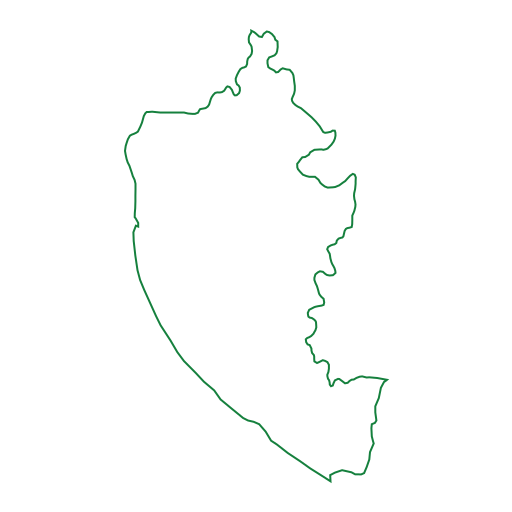 Kamenets, Brest, Belarus (Natural Earth projection), rotated 270°
{"feature_id": "67162791B59963656038120", "entity_name": "Kamenets", "entity_type": "district", "adm_level": 2, "iso_a3": "BLR", "parent_name": "Belarus", "parent_adm1": "Brest", "projection": "natural_earth1", "projection_center": [23.756, 52.4], "detail": "fine", "context": "isolated", "style": "outline", "palette": "green", "viewbox_px": 512, "rotation_deg": 270, "n_neighbors": 0, "source": "geoboundaries", "source_scale": "gbopen_adm2", "svg_char_len": 4720}
<svg xmlns="http://www.w3.org/2000/svg" viewBox="0 0 512 512"><g transform="rotate(270 256 256)"><path d="M337.4,354.5L338.1,352.8L336.3,350.2L333.7,347.7L330.9,345.2L329.3,342.8L326.7,339.3L325.0,335.2L324.7,332.9L324.4,327.7L325.5,324.8L327.6,322.0L329.1,320.4L332.3,318.5L335.2,315.0L335.2,312.8L335.2,309.3L335.9,306.5L337.3,302.9L340.5,299.9L342.8,298.0L344.6,297.3L348.2,297.2L350.2,298.9L351.7,299.9L354.7,302.3L355.0,305.2L357.3,308.9L359.7,310.2L362.2,314.4L362.5,319.0L362.6,321.4L362.2,323.4L362.8,325.9L363.5,327.6L367.3,331.4L370.4,333.6L373.4,334.9L376.3,335.5L379.3,335.4L381.3,334.8L381.4,332.6L380.2,330.8L379.5,327.5L379.2,325.1L379.9,323.3L381.6,322.2L383.9,320.8L385.7,319.7L390.4,315.8L394.8,311.5L397.5,308.4L399.8,305.7L403.8,301.0L405.5,297.6L407.0,295.4L409.1,293.2L411.1,292.1L412.9,291.8L415.2,292.7L417.6,293.8L418.8,294.2L421.6,294.8L426.1,294.8L430.4,294.2L434.6,293.7L436.7,293.4L439.0,292.4L442.2,289.7L442.6,286.5L443.7,282.7L442.5,280.6L440.0,278.2L439.6,276.0L441.4,274.3L442.3,272.7L443.5,270.2L444.9,268.3L448.7,267.5L451.7,267.5L454.6,269.2L455.5,271.7L456.7,274.6L458.7,276.4L460.8,277.1L464.9,277.7L470.6,277.5L472.3,275.3L474.9,274.5L477.9,272.0L479.9,269.2L480.5,266.8L478.3,263.8L475.0,261.9L475.5,259.1L476.7,257.8L478.8,255.5L479.8,254.2L481.3,251.3L480.4,251.4L479.0,251.0L477.9,250.2L476.7,249.5L475.0,248.9L472.8,248.7L469.6,249.0L467.8,250.2L466.6,251.0L465.2,251.6L461.0,252.1L458.1,251.6L455.5,250.0L454.5,248.7L453.2,247.8L450.6,247.2L448.0,247.1L445.5,246.0L444.5,243.9L444.2,242.4L442.9,240.4L440.4,238.8L436.9,237.0L433.4,235.7L430.9,235.8L429.2,236.4L427.6,237.0L426.5,238.6L424.4,239.8L421.4,239.9L418.9,239.1L416.8,236.7L416.6,234.9L417.6,233.8L419.9,232.8L422.2,231.9L425.0,229.6L425.6,227.4L424.5,226.2L421.3,224.2L419.9,222.0L419.5,219.8L419.6,217.3L419.1,215.2L417.2,213.3L414.7,211.6L412.9,210.8L410.0,209.9L407.4,209.1L405.4,207.7L403.9,205.6L403.4,203.0L403.1,201.3L402.8,200.0L401.2,199.0L399.3,198.0L398.1,194.9L398.1,192.8L398.5,188.0L399.5,183.9L399.5,173.7L399.5,168.8L399.5,164.2L399.5,159.9L399.9,155.9L400.3,152.1L400.0,148.8L400.0,146.7L398.7,145.3L395.9,143.8L389.4,142.0L385.3,140.3L380.4,137.9L379.3,136.3L378.2,134.0L377.3,131.6L376.3,129.9L372.8,127.9L369.0,126.6L366.0,125.7L361.1,125.0L357.6,125.6L353.0,126.6L349.6,127.7L346.3,129.4L341.6,131.0L338.9,131.9L335.9,132.8L332.1,134.6L328.3,135.5L322.7,135.5L316.2,135.4L310.4,135.4L303.6,135.2L298.9,134.8L294.8,134.7L293.7,135.6L289.1,138.2L285.4,138.2L286.3,135.9L279.7,133.4L271.0,133.7L256.6,135.3L241.8,137.5L232.0,140.1L222.1,144.2L195.8,156.1L186.7,160.6L171.5,170.5L159.9,177.3L150.9,184.0L138.9,195.9L130.3,203.9L121.6,214.2L112.5,220.6L103.5,231.5L94.0,243.1L91.5,248.0L90.2,253.7L87.8,259.2L80.3,265.7L71.3,271.1L67.5,276.9L58.9,287.9L51.0,299.8L43.6,310.2L37.3,320.2L30.7,330.5L36.9,330.2L39.4,335.0L41.8,342.1L39.7,351.5L37.7,355.1L37.6,361.2L38.9,364.1L45.0,366.7L52.5,369.3L59.9,370.0L68.5,373.7L70.9,373.0L75.6,371.8L83.8,371.4L87.8,371.8L89.1,374.9L91.5,376.4L99.6,375.3L105.7,375.3L113.9,378.8L124.2,380.9L130.0,384.0L131.6,386.3L132.2,387.0L134.0,377.2L134.7,369.3L134.5,366.6L135.6,362.2L135.3,359.7L134.1,356.5L132.5,353.8L132.3,351.6L131.0,349.5L129.2,347.7L128.7,345.0L130.8,342.3L133.0,339.3L133.1,338.0L131.6,334.9L128.7,333.5L126.5,332.8L125.8,331.0L127.4,329.8L129.7,329.6L131.7,329.1L133.3,328.0L135.7,327.4L137.2,327.3L140.0,328.4L143.2,328.9L147.2,328.9L149.9,327.4L151.1,325.1L151.8,322.8L150.1,319.5L149.0,317.0L150.6,314.4L153.0,314.2L155.4,314.2L156.9,313.9L159.0,312.1L161.4,311.5L163.5,311.4L166.9,309.7L167.6,307.6L169.8,306.2L172.7,305.8L174.0,307.2L174.8,309.2L176.0,311.2L178.3,313.5L179.7,314.2L181.7,315.4L184.6,316.3L186.9,316.2L189.9,316.0L191.3,315.3L192.7,313.8L194.0,311.8L194.4,309.7L195.4,308.4L197.2,308.0L199.1,307.8L202.2,309.2L204.8,314.2L205.3,315.7L205.8,318.0L206.4,321.6L207.1,323.6L209.5,324.2L213.2,323.6L215.2,321.3L217.5,319.5L219.0,318.9L221.7,318.2L223.8,317.6L226.0,316.9L228.7,315.6L232.0,314.4L234.2,314.4L237.6,315.4L239.6,317.8L240.7,319.9L240.2,322.9L238.0,325.4L237.0,327.0L236.5,329.6L236.8,332.9L237.8,334.1L239.1,335.5L241.1,335.3L243.8,334.5L246.1,333.3L247.8,332.3L249.9,331.4L253.6,330.4L255.7,330.1L258.2,329.7L260.6,328.3L262.8,327.2L265.0,328.1L266.6,330.8L267.3,332.8L267.7,334.6L269.0,336.3L271.4,336.8L273.4,338.6L274.1,340.6L274.5,342.4L275.7,343.4L280.1,344.4L281.2,344.7L283.1,345.9L283.9,347.3L284.3,349.5L285.0,351.7L287.8,352.2L291.9,352.3L294.0,352.3L296.4,352.3L299.3,353.6L301.4,354.4L305.1,355.3L307.5,355.5L310.3,355.1L312.8,354.4L316.2,354.0L318.9,354.2L322.3,355.0L323.8,355.2L328.2,355.6L330.8,355.6L334.6,355.8L337.3,354.7L337.4,354.5Z" fill="none" stroke="#15803d" stroke-width="2"/></g></svg>